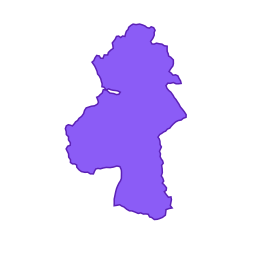 Quatis, Rio de Janeiro, Brazil (Robinson projection), rotated 340°
{"feature_id": "56859067B6635113522171", "entity_name": "Quatis", "entity_type": "district", "adm_level": 2, "iso_a3": "BRA", "parent_name": "Brazil", "parent_adm1": "Rio de Janeiro", "projection": "robinson", "projection_center": [-44.235, -22.362], "detail": "fine", "context": "isolated", "style": "filled", "palette": "violet", "viewbox_px": 256, "rotation_deg": 340, "n_neighbors": 0, "source": "geoboundaries", "source_scale": "gbopen_adm2", "svg_char_len": 2941}
<svg xmlns="http://www.w3.org/2000/svg" viewBox="0 0 256 256"><g transform="rotate(340 128 128)"><path d="M116.7,53.8L117.9,58.4L118.2,61.4L118.3,64.4L117.9,66.9L118.8,69.2L119.2,72.4L118.9,75.3L118.8,77.7L117.6,80.3L119.4,81.4L120.7,85.0L117.9,83.5L115.9,86.2L113.0,87.3L111.1,88.3L109.1,88.4L109.2,91.3L109.0,93.7L107.5,95.1L104.2,95.7L101.0,95.0L98.4,94.9L95.6,94.8L93.2,96.6L91.2,99.3L88.4,101.2L85.2,102.2L83.2,103.7L80.8,104.3L79.2,105.5L76.5,107.0L74.7,105.6L73.0,104.5L70.8,104.9L68.9,107.2L68.7,110.3L67.8,113.1L69.1,115.8L68.0,118.8L68.8,122.2L67.8,124.5L65.1,124.5L62.7,126.5L63.0,129.2L63.3,131.9L62.3,135.1L63.1,138.2L62.1,140.7L63.6,142.8L65.5,143.4L67.1,145.2L66.5,147.3L67.6,150.4L69.3,153.0L72.3,154.9L75.1,155.8L76.9,158.2L79.8,159.3L82.0,156.9L83.7,155.5L85.9,155.7L88.1,156.9L91.1,157.1L94.1,157.6L97.6,159.1L100.8,159.7L104.5,159.9L107.2,161.5L107.4,165.0L106.8,167.2L105.9,169.6L104.5,173.2L102.7,175.2L100.8,176.6L98.6,178.7L96.6,180.9L94.7,183.6L92.8,186.7L90.7,190.1L89.5,193.5L88.4,196.3L90.9,196.8L94.0,197.3L95.5,199.3L97.2,200.8L99.0,203.9L101.0,206.3L103.3,207.2L106.1,209.6L108.4,211.8L110.9,212.1L113.0,214.1L115.5,214.9L117.5,216.0L117.9,219.0L119.6,220.1L121.4,223.0L124.3,223.8L126.6,223.9L129.8,223.8L133.3,222.7L134.6,220.2L135.8,217.7L139.0,217.7L142.1,218.2L141.2,215.4L142.4,213.4L144.3,210.2L144.8,207.4L142.3,206.9L141.3,204.0L140.3,200.3L142.6,199.6L143.7,197.4L142.6,194.1L141.4,191.5L143.4,190.1L143.5,187.0L142.9,184.4L145.0,181.7L146.2,177.8L146.8,174.6L149.1,173.1L149.3,170.6L148.6,168.4L148.4,165.8L149.7,163.4L149.6,160.6L151.5,158.7L152.9,157.2L152.5,154.6L153.5,151.3L153.6,148.9L153.0,146.8L155.7,144.9L157.8,144.6L160.2,143.9L162.3,143.8L164.6,142.5L167.2,142.4L169.2,141.1L172.0,139.7L174.8,138.6L177.7,138.2L180.8,138.7L183.2,137.8L186.2,137.8L187.2,135.4L186.5,132.2L185.6,129.3L184.4,126.0L184.0,122.8L183.4,120.4L182.8,117.6L181.9,115.3L181.5,112.6L180.5,109.0L179.1,106.6L178.2,104.1L178.2,101.1L180.8,99.5L183.0,100.5L186.2,100.8L188.3,102.9L190.5,103.7L193.2,104.3L193.5,101.7L192.9,98.7L192.7,96.1L190.9,94.3L188.4,93.8L187.2,90.9L185.9,89.0L187.4,87.7L189.2,86.4L191.4,85.0L192.7,83.0L193.9,79.5L192.4,76.2L190.8,74.2L191.2,72.0L191.0,69.6L191.7,67.3L192.8,64.5L190.2,63.1L188.6,60.8L186.1,59.5L183.8,58.0L181.2,58.1L179.3,57.2L178.8,54.4L180.7,53.2L182.4,51.9L184.4,49.7L185.3,47.1L186.9,45.4L186.4,42.5L184.4,40.8L182.2,41.5L180.1,40.0L179.0,38.1L177.0,36.2L174.5,34.3L170.9,33.6L168.3,32.1L165.8,32.6L163.1,33.6L161.8,35.4L159.6,36.5L157.9,38.6L156.4,40.9L154.4,39.7L152.1,40.5L150.6,38.4L148.5,38.0L146.2,40.3L144.1,41.6L142.3,42.7L142.0,45.3L141.3,48.2L138.4,48.9L135.4,50.3L133.9,52.4L130.7,51.2L128.3,54.0L126.1,53.0L125.7,50.5L123.4,49.1L120.9,50.9L118.9,53.0L116.7,53.8ZM120.7,85.0L123.1,84.5L125.1,86.3L126.8,87.4L128.8,88.4L130.8,89.5L133.0,91.7L130.9,93.2L128.5,92.6L126.3,90.7L123.0,89.0L120.7,85.0Z" fill="#8b5cf6" stroke="#5b21b6" stroke-width="1.5"/></g></svg>